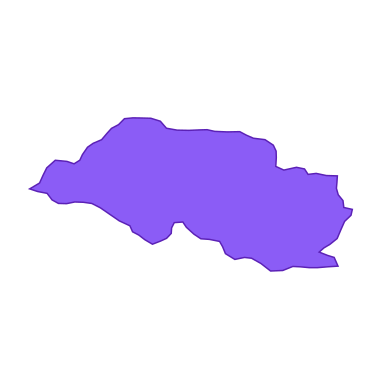 the district of Dona Euzébia, Minas Gerais, Brazil, rotated 278°
{"feature_id": "56859067B95885529196017", "entity_name": "Dona Euzébia", "entity_type": "district", "adm_level": 2, "iso_a3": "BRA", "parent_name": "Brazil", "parent_adm1": "Minas Gerais", "projection": "equal_earth", "projection_center": [-42.804, -21.326], "detail": "fine", "context": "isolated", "style": "filled", "palette": "violet", "viewbox_px": 384, "rotation_deg": 278, "n_neighbors": 0, "source": "geoboundaries", "source_scale": "gbopen_adm2", "svg_char_len": 1338}
<svg xmlns="http://www.w3.org/2000/svg" viewBox="0 0 384 384"><g transform="rotate(278 192 192)"><path d="M138.9,346.9L147.0,341.9L148.1,335.0L150.2,326.3L154.9,330.3L159.5,336.0L166.1,342.2L175.4,344.7L184.1,347.2L191.1,352.7L197.1,353.2L197.8,344.5L204.5,342.7L209.6,337.2L215.7,334.5L221.5,334.2L228.2,333.7L227.0,322.8L227.7,312.4L225.6,304.5L230.5,300.2L231.0,292.0L226.5,279.9L229.0,271.4L237.8,270.7L244.2,269.6L249.7,266.0L254.0,257.0L253.8,245.3L255.8,238.1L258.4,230.9L256.4,218.5L255.2,206.0L255.8,198.3L254.6,191.2L252.6,180.3L251.2,168.7L251.6,157.8L257.7,150.8L259.3,141.0L258.1,130.5L257.2,123.2L255.2,114.9L248.5,109.9L243.8,103.4L238.3,99.7L231.2,95.2L226.5,87.4L221.8,82.3L213.8,78.3L207.9,76.5L203.5,71.3L204.9,63.9L204.4,52.2L195.7,44.8L187.9,42.2L179.7,39.8L172.5,30.8L171.0,39.0L170.5,48.7L164.7,54.5L162.1,61.3L163.0,69.4L165.8,77.3L166.7,85.8L166.7,94.4L163.6,103.4L158.6,113.4L153.3,124.0L149.9,135.2L144.3,138.7L142.0,145.2L138.2,151.9L134.8,160.1L138.9,167.5L142.6,173.3L148.1,177.2L153.6,176.8L159.2,178.7L161.0,187.1L156.3,191.3L150.5,199.8L146.9,207.3L147.5,215.8L146.9,226.2L142.1,229.9L135.6,233.7L131.2,243.8L134.5,253.1L134.7,260.2L130.8,270.2L124.7,280.8L126.9,292.8L132.3,302.2L133.0,309.9L133.4,318.6L134.5,326.6L136.9,337.2L138.9,346.9Z" fill="#8b5cf6" stroke="#5b21b6" stroke-width="1.5"/></g></svg>